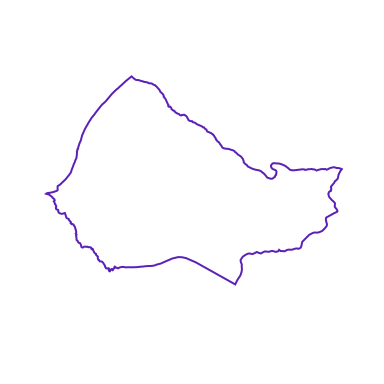 Hongsa, Xaignabouri, Laos (Robinson projection), rotated 40°
{"feature_id": "54806243B68130854025017", "entity_name": "Hongsa", "entity_type": "district", "adm_level": 2, "iso_a3": "LAO", "parent_name": "Laos", "parent_adm1": "Xaignabouri", "projection": "robinson", "projection_center": [101.47, 19.726], "detail": "fine", "context": "isolated", "style": "outline", "palette": "violet", "viewbox_px": 384, "rotation_deg": 40, "n_neighbors": 0, "source": "geoboundaries", "source_scale": "gbopen_adm2", "svg_char_len": 6009}
<svg xmlns="http://www.w3.org/2000/svg" viewBox="0 0 384 384"><g transform="rotate(40 192 192)"><path d="M292.1,78.2L291.2,78.4L289.1,79.3L287.5,80.5L284.8,81.8L283.9,82.8L282.4,84.8L281.5,87.1L280.8,88.4L279.2,88.7L278.6,89.6L277.6,90.2L276.5,91.2L275.9,91.9L274.4,94.1L273.7,95.4L271.0,96.1L270.1,97.0L269.5,97.1L268.8,97.5L266.9,99.5L266.2,100.0L265.4,101.4L264.1,102.5L263.8,102.4L263.1,102.8L261.9,103.7L258.1,107.8L256.3,109.7L254.9,110.9L253.3,111.8L252.4,112.0L250.0,111.9L247.7,112.0L246.1,112.2L243.0,113.1L240.4,114.2L238.1,116.0L236.1,117.3L235.5,118.3L235.3,119.7L235.4,120.7L235.9,121.4L237.0,122.2L238.4,122.5L239.0,122.5L242.0,121.6L242.9,121.7L243.5,122.0L244.6,123.4L245.0,124.6L245.4,124.8L245.2,125.5L245.4,126.3L245.8,127.1L245.3,128.5L245.3,129.2L245.1,129.9L244.7,130.5L243.7,131.3L240.8,132.4L240.0,132.6L238.8,132.2L235.8,131.7L235.0,131.7L234.3,131.6L233.6,131.9L232.9,131.7L231.8,131.7L230.8,132.0L229.4,132.3L226.7,133.9L223.6,135.3L218.2,136.6L217.3,136.2L216.7,136.1L215.5,136.3L212.9,136.1L212.6,136.0L212.3,135.6L209.8,134.0L207.1,133.4L206.1,133.4L203.4,133.8L200.1,133.5L199.0,133.7L198.1,133.4L197.7,133.4L196.7,133.7L194.2,134.8L193.4,135.0L191.2,136.2L189.7,137.4L187.3,138.4L186.6,138.4L184.4,137.6L182.5,137.2L181.2,136.7L180.3,136.6L179.3,136.8L177.3,136.5L176.9,136.2L176.2,136.2L175.9,135.8L174.9,135.4L173.4,135.1L172.6,134.6L171.8,134.7L171.1,134.4L170.3,134.6L169.1,134.5L168.0,135.0L167.2,135.0L165.1,135.8L164.1,135.7L163.0,134.9L161.4,135.2L160.8,135.1L159.6,134.8L158.8,135.4L158.2,135.3L157.1,135.4L152.1,137.0L150.5,136.9L149.1,137.3L147.5,138.1L146.8,137.7L146.5,137.7L145.2,138.7L144.1,139.1L142.9,139.1L142.3,138.6L141.4,138.5L140.0,137.8L138.6,137.5L137.3,137.8L136.6,137.7L136.0,138.1L135.5,139.0L134.7,139.5L134.6,140.1L134.0,140.7L132.7,140.8L131.9,140.7L131.4,140.9L130.2,141.2L129.7,141.5L129.0,141.4L128.5,141.6L127.5,141.6L127.0,141.3L126.0,141.2L125.6,141.6L124.7,141.7L123.0,141.7L122.2,141.0L120.6,140.6L120.2,140.8L119.8,141.4L119.2,141.6L118.8,141.6L118.4,141.0L118.1,140.9L117.7,140.3L117.2,140.3L112.0,137.8L110.6,137.6L109.6,137.1L109.1,137.2L108.9,136.9L108.2,136.5L108.0,136.1L106.8,135.8L104.9,135.6L104.5,135.7L103.4,135.6L101.2,134.6L100.0,134.5L96.9,134.0L96.0,134.1L95.2,133.9L93.7,134.5L93.3,134.5L91.4,134.8L90.2,135.5L89.6,136.1L89.2,136.2L88.6,136.6L87.6,136.6L87.3,136.7L86.6,137.2L85.5,137.7L84.2,138.6L83.4,138.7L82.2,139.4L79.0,140.7L78.0,141.5L76.8,142.2L74.6,142.4L71.4,142.3L70.0,149.4L69.6,152.9L69.4,154.6L68.8,158.4L68.7,160.1L68.1,162.8L67.6,168.5L67.6,178.0L67.4,179.8L67.0,182.1L66.9,184.7L67.2,193.5L67.4,195.3L67.4,199.4L68.2,205.5L68.6,207.5L69.4,212.3L71.5,219.4L73.6,223.8L74.7,227.5L76.3,231.2L76.9,232.1L76.7,232.3L76.8,233.1L77.7,234.4L77.8,235.0L79.0,236.3L80.2,238.0L81.7,240.4L82.2,242.6L83.1,244.8L83.6,246.8L84.4,248.8L85.5,252.2L86.3,254.0L86.7,255.3L86.9,258.7L87.0,263.5L86.1,271.6L85.3,273.7L86.0,274.9L87.6,276.5L87.8,277.1L87.7,277.9L86.6,279.9L84.6,282.8L82.0,285.7L81.5,286.5L81.4,287.1L84.1,285.9L88.5,285.7L89.1,286.1L91.0,286.0L92.1,286.5L92.1,288.0L93.2,288.2L94.8,289.4L95.3,289.3L96.3,289.7L97.0,290.3L97.5,290.5L97.8,291.5L98.7,292.3L99.3,292.4L101.0,291.8L101.6,292.2L101.9,292.8L103.0,293.4L104.1,293.4L106.3,292.5L107.1,291.5L107.8,290.2L108.2,289.8L112.5,292.5L113.2,292.5L114.8,291.9L116.2,292.7L116.8,292.6L117.2,292.8L118.6,292.9L118.8,293.1L119.0,293.8L119.7,293.8L120.0,294.0L120.7,293.9L121.2,293.2L122.7,293.3L123.4,293.7L124.1,293.7L124.5,294.0L125.0,294.2L125.9,294.8L126.4,295.0L126.7,295.5L127.5,295.8L127.9,296.2L129.1,297.1L129.3,297.4L129.7,298.7L130.8,298.8L131.0,298.9L131.0,299.5L131.3,300.1L132.2,300.6L132.5,301.1L133.0,301.4L134.3,302.9L136.2,303.1L137.3,303.7L137.9,303.7L138.7,303.2L139.2,303.2L141.3,304.1L142.3,305.0L142.7,305.2L143.9,304.9L144.3,304.2L144.5,303.3L144.8,302.8L146.4,301.9L147.1,301.1L148.0,301.0L149.0,300.0L150.5,299.5L151.4,300.2L151.8,300.3L152.2,299.5L152.4,299.4L152.8,299.5L153.8,300.2L155.4,300.8L156.0,301.2L157.3,301.3L157.9,301.3L158.2,301.1L158.4,301.2L158.7,301.6L159.2,301.9L161.4,302.0L162.3,303.2L163.7,304.1L164.2,304.1L164.6,303.9L165.3,304.3L165.9,304.4L166.2,304.2L167.3,303.4L168.2,303.2L169.1,303.3L172.1,304.2L172.9,304.6L173.6,305.2L174.5,305.3L175.2,305.7L176.1,305.2L177.1,304.0L177.7,304.0L178.2,304.3L178.2,305.0L178.4,305.3L179.1,305.7L179.8,305.8L180.1,305.4L179.8,304.4L179.8,303.2L180.0,302.7L180.5,302.5L181.3,303.0L181.5,303.0L181.6,302.8L181.6,302.5L181.1,302.1L180.9,301.9L181.0,301.4L181.6,300.4L181.6,300.1L181.5,299.8L180.8,299.3L180.8,298.8L181.1,298.7L182.4,298.8L183.3,298.3L184.3,298.1L184.5,297.9L184.6,297.4L185.4,295.8L186.4,294.5L187.6,293.5L189.7,292.3L191.4,290.7L194.7,288.0L198.4,284.7L199.7,283.2L202.3,280.7L204.6,278.2L209.0,274.2L210.9,271.8L211.6,270.3L214.0,267.0L216.3,262.3L219.6,255.7L223.2,250.8L225.2,249.2L226.8,248.1L230.1,246.4L240.3,243.4L284.5,235.0L283.3,230.2L282.7,224.8L281.4,221.5L279.9,219.0L278.3,217.5L276.6,215.4L274.5,214.3L273.0,213.0L272.6,210.6L272.6,208.3L273.9,204.4L275.2,202.4L278.3,200.6L279.3,198.5L280.2,196.3L282.3,195.7L284.4,194.7L285.1,192.5L286.1,190.6L289.1,188.6L291.2,185.6L294.7,184.0L296.1,182.0L295.9,180.3L297.7,180.3L301.1,177.8L302.1,175.2L303.3,173.8L305.1,172.5L306.2,171.2L307.2,169.4L308.5,167.9L309.9,167.2L310.6,166.2L311.0,164.9L310.6,163.3L308.5,159.3L309.3,149.5L310.5,146.6L311.4,144.8L312.5,143.8L314.0,142.7L315.2,141.2L316.7,138.3L317.0,136.2L317.1,133.1L317.0,131.4L316.1,129.9L314.3,128.7L312.2,127.1L311.3,125.7L311.4,124.9L314.3,117.3L315.9,113.8L315.8,113.2L314.5,112.4L310.9,111.6L310.0,110.5L309.2,109.2L308.2,108.5L306.1,108.3L304.4,108.3L302.9,108.0L301.2,107.9L299.3,107.1L297.9,106.0L297.5,105.6L297.5,105.2L297.0,104.2L297.0,103.8L297.1,103.0L297.7,102.0L297.6,101.7L297.4,101.2L297.0,101.0L297.0,100.6L296.8,100.2L296.3,99.7L295.3,99.1L295.3,98.7L295.0,98.3L295.0,93.7L294.6,91.8L294.9,90.5L295.1,88.4L294.4,86.8L293.3,84.8L292.7,83.0L292.2,80.5L292.1,78.2Z" fill="none" stroke="#5b21b6" stroke-width="2"/></g></svg>